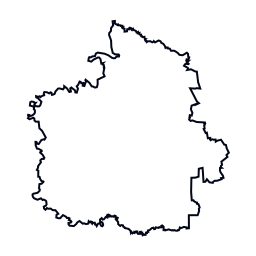 the district of Pénjamo, Guanajuato, Mexico, rotated 87°
{"feature_id": "50627088B98341179464561", "entity_name": "Pénjamo", "entity_type": "district", "adm_level": 2, "iso_a3": "MEX", "parent_name": "Mexico", "parent_adm1": "Guanajuato", "projection": "mercator", "projection_center": [-101.833, 20.405], "detail": "fine", "context": "isolated", "style": "outline", "palette": "ink", "viewbox_px": 256, "rotation_deg": 87, "n_neighbors": 0, "source": "geoboundaries", "source_scale": "gbopen_adm2", "svg_char_len": 5808}
<svg xmlns="http://www.w3.org/2000/svg" viewBox="0 0 256 256"><g transform="rotate(87 128 128)"><path d="M75.3,56.3L75.1,57.8L72.7,62.0L73.1,65.7L72.1,64.9L71.0,65.2L68.8,68.8L67.4,67.8L66.9,66.7L67.4,64.5L67.1,64.1L65.4,65.6L64.5,64.5L64.7,65.8L63.9,66.3L62.5,65.9L62.5,63.9L60.6,63.2L60.2,64.1L57.1,64.2L55.9,65.3L58.2,69.6L57.6,72.9L56.0,74.0L53.9,76.7L53.2,78.0L53.1,81.1L51.0,82.0L50.6,84.3L49.7,84.2L49.5,85.7L49.9,86.4L48.0,86.9L45.7,88.4L44.8,90.2L43.1,91.0L42.2,92.8L43.9,96.5L42.6,97.7L43.3,98.1L43.7,99.3L42.5,101.2L42.5,104.0L43.1,104.7L42.2,105.0L42.4,105.5L41.5,106.2L40.7,106.4L40.0,105.6L39.7,106.6L37.8,106.8L38.0,108.5L37.1,109.1L37.3,109.8L36.3,110.4L35.4,110.1L35.2,111.4L34.3,112.4L33.6,111.9L33.6,112.7L32.8,112.9L33.5,113.6L32.8,113.8L32.9,114.5L31.4,115.1L30.3,117.6L29.1,117.7L29.3,118.7L30.2,119.1L28.7,120.4L28.3,120.1L27.9,121.0L28.3,121.6L29.5,121.8L29.3,123.6L31.4,123.9L31.6,126.4L28.8,126.3L28.4,127.4L27.3,127.3L27.8,128.3L27.4,128.7L25.7,128.3L25.7,129.8L25.2,129.8L24.9,131.0L25.0,132.2L24.0,132.6L24.5,133.3L23.0,135.6L20.4,135.5L20.6,137.8L24.8,137.5L27.2,139.6L30.3,140.0L32.2,141.8L34.1,142.0L39.7,140.3L46.2,140.4L52.2,139.3L53.8,137.0L54.1,133.5L55.1,133.0L56.1,133.3L56.1,135.7L57.6,137.3L57.6,138.8L57.0,140.4L54.3,143.9L52.6,147.5L51.1,154.3L52.0,156.2L54.5,157.2L54.6,159.8L55.6,161.6L55.2,162.9L56.0,163.5L58.8,164.1L59.8,161.2L57.9,158.8L56.0,154.4L56.1,153.1L57.7,151.9L62.2,151.3L61.9,149.7L62.4,150.3L63.3,150.1L63.5,149.0L66.3,148.5L66.4,149.0L67.5,148.7L72.1,149.8L75.2,148.7L78.1,155.8L82.8,156.0L85.6,157.0L85.9,158.9L84.6,161.0L84.5,162.1L80.9,164.1L77.6,167.8L78.1,168.0L79.3,167.2L80.4,168.1L83.8,169.4L83.4,171.0L80.7,170.4L80.9,172.3L79.5,172.8L79.1,173.9L82.4,175.6L83.6,177.0L86.1,175.9L90.0,177.3L89.7,178.7L87.6,179.0L84.6,182.5L85.4,183.6L88.6,183.1L89.0,184.7L85.2,186.9L82.9,189.5L84.4,189.6L86.0,190.8L84.9,194.3L85.0,195.8L87.7,198.5L90.1,199.5L90.9,201.5L90.9,202.3L89.0,202.5L88.3,203.4L89.3,204.9L88.1,207.0L87.7,209.6L88.9,210.3L90.9,210.0L91.4,212.0L92.6,213.9L91.7,214.5L92.2,216.1L91.4,218.1L92.5,218.1L93.5,216.4L97.2,213.1L100.7,214.4L101.7,215.5L101.7,217.4L100.8,220.4L99.9,220.4L98.1,218.9L98.2,220.1L97.1,220.6L96.5,223.0L97.1,224.2L100.5,224.8L101.4,221.9L102.8,220.6L104.2,221.1L105.4,220.1L107.3,220.1L108.8,220.7L110.3,222.7L110.9,224.7L109.9,225.7L109.6,227.0L110.2,227.2L111.8,226.5L113.0,227.4L114.1,225.9L112.8,222.0L113.5,221.1L115.6,221.0L116.8,219.9L117.0,216.9L123.6,216.5L126.4,213.9L133.2,210.6L135.3,212.1L134.9,213.0L135.5,215.1L139.3,218.0L139.0,219.4L137.1,220.2L137.0,221.1L140.5,221.1L143.8,220.0L144.2,218.2L146.0,215.4L146.7,215.4L147.4,216.8L148.0,217.0L150.2,214.7L153.4,213.1L154.5,213.8L154.3,215.4L155.3,217.0L156.1,217.3L157.6,216.7L161.4,219.8L162.9,219.9L165.1,221.2L166.0,219.8L171.9,220.2L172.2,218.9L174.5,218.3L176.5,217.1L176.9,215.4L177.3,215.2L179.1,217.1L179.4,219.4L183.7,220.0L184.7,219.3L186.0,219.5L188.0,221.7L188.7,226.0L189.4,226.8L191.4,226.7L193.2,225.6L194.9,222.2L193.7,218.6L195.4,217.1L195.1,215.8L196.1,214.1L196.8,213.5L199.9,213.3L201.2,214.0L202.1,216.2L204.1,216.0L205.3,214.7L203.7,213.1L204.5,212.0L204.4,209.5L206.1,207.5L206.3,204.8L210.0,202.1L210.9,203.9L213.6,204.3L214.4,202.5L214.5,200.4L211.6,197.5L213.4,194.5L214.7,193.7L214.6,192.0L215.2,191.1L216.8,191.9L217.5,190.1L218.7,189.4L219.5,190.2L219.7,192.4L221.2,192.4L222.5,191.4L223.1,187.2L221.0,184.5L219.6,183.6L218.4,181.3L221.2,178.1L220.9,176.9L221.8,174.7L221.4,172.7L219.0,172.1L220.2,170.9L219.4,170.0L219.8,169.1L220.3,169.5L221.8,168.7L220.9,167.9L220.9,166.1L222.6,165.9L222.6,165.2L224.3,164.4L222.0,162.9L221.6,161.2L224.3,159.9L224.8,158.8L223.8,157.9L221.6,158.2L220.6,159.1L221.2,160.8L217.9,160.7L216.6,159.0L218.1,158.2L217.9,156.8L215.7,154.9L216.2,153.6L214.9,153.8L213.6,153.1L214.1,151.8L215.5,151.8L215.4,150.6L214.2,150.8L215.6,148.8L215.3,148.2L215.8,147.0L215.3,146.7L215.5,145.9L214.9,145.8L215.2,145.0L217.0,145.0L216.6,144.3L217.1,143.0L218.4,143.5L219.1,144.6L221.2,142.8L223.6,142.8L225.4,140.9L224.6,139.8L225.0,138.1L226.3,137.9L227.0,136.6L227.7,136.5L228.8,132.7L230.7,130.9L232.8,130.6L231.9,130.0L233.4,129.1L232.9,128.3L233.2,127.2L232.0,127.1L232.5,125.3L231.7,125.2L231.8,124.3L232.9,124.6L233.0,123.8L234.2,123.6L234.4,122.6L233.3,121.3L232.4,121.4L232.3,120.7L233.6,120.7L232.9,119.9L233.1,119.4L233.9,119.9L235.4,119.2L234.8,118.8L235.5,118.4L235.0,117.8L235.6,117.2L235.6,116.0L233.5,115.5L233.8,114.4L232.8,114.1L232.8,113.2L231.4,113.4L231.0,111.7L229.2,109.4L228.9,107.9L230.4,107.2L230.2,106.1L228.7,105.5L229.4,102.6L228.6,102.0L229.0,99.7L228.2,99.3L227.4,99.7L227.1,99.0L228.4,97.6L231.8,97.8L231.6,96.3L232.2,96.1L231.4,92.7L232.6,89.5L232.3,88.6L232.7,88.1L232.4,87.0L233.1,85.5L233.1,83.7L232.5,83.4L232.6,82.4L230.1,81.4L230.8,80.5L229.7,77.3L230.4,74.5L231.4,74.7L231.3,72.4L218.3,71.8L218.7,63.0L214.5,61.3L212.6,61.5L211.0,60.6L207.7,61.7L207.3,63.1L206.1,63.0L205.9,63.9L204.5,66.0L203.6,66.4L203.6,68.1L194.9,68.3L181.0,67.3L181.1,63.3L180.3,60.1L172.4,59.4L171.7,55.6L185.8,55.4L185.7,53.5L183.3,51.9L186.5,49.5L187.2,46.2L186.2,45.8L185.2,44.0L185.3,41.5L184.0,37.2L182.9,37.6L182.8,35.3L180.8,35.6L176.9,38.0L175.1,38.4L172.8,38.2L172.7,36.6L172.0,37.5L170.5,37.0L169.7,36.0L166.5,36.5L162.1,30.2L160.2,31.1L157.9,28.6L153.7,30.4L150.0,31.1L149.7,32.7L144.6,35.7L145.3,39.4L146.2,41.1L144.1,41.2L144.2,43.2L143.6,44.5L144.5,46.1L143.5,46.8L142.2,46.5L142.4,48.8L136.8,49.5L137.1,50.7L132.9,52.5L132.5,51.5L129.4,51.8L128.7,51.1L126.9,52.0L127.0,50.8L126.5,50.9L125.6,59.1L123.8,63.3L124.2,65.1L122.8,66.5L120.7,65.6L120.6,66.1L118.4,65.6L118.9,63.7L116.3,62.9L112.6,64.2L109.0,63.3L107.7,59.1L108.3,59.2L107.0,55.9L105.1,57.8L91.6,63.9L92.2,58.5L91.8,57.4L92.4,53.8L85.8,55.6L75.3,56.3Z" fill="none" stroke="#020617" stroke-width="2"/></g></svg>